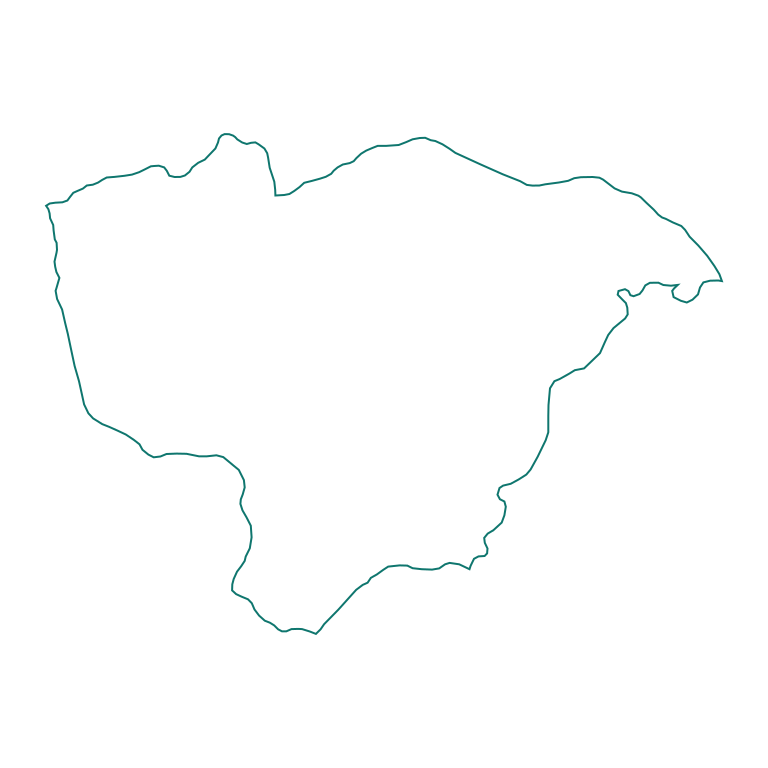 the district of Ogoouè et Lacs, Moyen-Ogooué, Gabon
{"feature_id": "22940354B45576072672451", "entity_name": "Ogoouè et Lacs", "entity_type": "district", "adm_level": 2, "iso_a3": "GAB", "parent_name": "Gabon", "parent_adm1": "Moyen-Ogooué", "projection": "mercator", "projection_center": [10.178, -0.763], "detail": "fine", "context": "isolated", "style": "outline", "palette": "teal", "viewbox_px": 768, "rotation_deg": 0, "n_neighbors": 0, "source": "geoboundaries", "source_scale": "gbopen_adm2", "svg_char_len": 3545}
<svg xmlns="http://www.w3.org/2000/svg" viewBox="0 0 768 768"><path d="M154.2,166.0L150.9,166.3L144.6,169.5L139.1,172.2L132.0,174.6L124.4,175.8L114.5,176.9L106.7,177.5L102.2,179.9L98.0,182.6L92.8,184.7L86.8,185.5L82.9,188.6L77.3,191.0L73.3,192.8L69.9,197.1L67.4,200.5L62.4,202.3L55.3,202.7L49.7,203.5L46.1,205.8L48.4,209.2L49.6,213.4L50.1,218.3L53.2,225.0L53.6,230.4L54.8,239.4L56.6,242.8L57.0,249.8L56.5,252.8L54.5,261.6L55.2,266.8L56.4,272.0L59.4,277.9L56.4,288.3L55.6,290.8L57.1,299.0L62.1,309.5L65.2,323.2L67.8,333.8L70.7,347.6L74.6,365.9L79.0,381.2L81.7,393.4L84.1,404.4L88.4,413.3L93.1,418.4L102.2,424.1L109.0,426.8L117.5,430.6L125.8,434.5L134.0,440.0L139.5,444.3L142.5,449.8L148.4,454.6L153.7,457.3L160.4,456.5L166.5,454.0L176.5,453.6L186.5,453.8L198.9,456.3L207.0,456.3L216.4,455.3L223.3,457.1L233.3,465.4L238.8,469.9L243.9,480.1L244.7,487.4L242.7,494.5L240.8,499.4L240.4,503.9L242.5,510.4L246.5,517.3L250.8,525.7L251.6,537.3L249.8,548.3L245.7,556.6L244.7,560.9L241.2,566.2L237.0,571.7L233.7,579.0L232.3,584.3L232.1,590.4L236.1,594.1L240.8,596.3L242.4,597.0L248.0,599.3L251.8,603.2L254.5,609.5L259.1,615.6L264.8,620.7L269.9,622.7L274.2,625.4L278.1,629.3L281.9,631.3L286.4,631.3L291.5,629.1L298.4,628.9L302.1,629.1L309.8,631.5L315.9,633.9L320.6,629.3L324.1,624.2L338.3,609.7L356.2,589.8L362.7,584.9L367.6,582.7L370.9,577.8L376.8,574.5L383.3,569.8L388.2,566.6L399.6,565.4L407.3,565.6L412.6,568.2L421.7,569.2L432.1,569.6L439.2,568.4L445.1,564.3L449.6,562.9L459.2,564.3L469.5,569.2L470.6,565.8L474.0,558.8L478.5,556.4L484.6,556.0L487.1,553.4L487.5,548.5L484.8,542.8L484.2,537.9L487.7,533.6L493.4,530.2L501.7,522.6L504.4,515.3L505.8,506.7L504.4,501.5L499.9,499.2L497.5,494.7L499.5,488.0L503.1,485.6L510.7,483.8L518.6,479.5L526.3,474.6L530.6,469.5L537.7,456.7L545.7,440.2L548.3,432.3L548.3,416.0L548.5,405.0L550.0,388.3L554.4,381.2L559.5,379.1L569.5,373.5L574.8,370.2L584.1,368.4L600.0,353.1L602.9,346.6L604.7,342.5L608.2,335.0L613.5,328.1L619.4,323.2L625.1,318.5L627.7,314.4L627.3,307.7L625.9,303.1L622.3,299.5L617.7,294.7L618.5,291.0L625.0,289.2L628.4,291.1L630.4,295.2L633.6,296.2L639.6,294.0L642.5,290.4L645.3,285.4L649.9,282.8L658.4,282.7L663.3,285.0L671.0,285.7L677.8,284.9L674.0,288.5L672.2,290.9L673.6,297.1L680.9,300.8L686.8,302.5L692.5,299.7L698.0,294.4L700.0,287.5L703.4,282.4L710.1,280.7L718.3,280.5L721.9,281.1L719.4,274.2L714.4,266.0L707.2,255.8L698.3,245.5L689.6,236.7L685.1,229.9L681.3,226.0L672.8,222.4L665.7,218.8L662.1,217.5L658.2,214.6L653.8,209.7L646.2,202.6L640.9,197.4L638.4,195.7L631.8,193.3L621.9,191.6L614.6,188.4L603.1,179.6L599.4,177.7L592.7,177.0L580.9,177.2L574.2,178.2L568.2,180.8L558.9,182.5L545.3,184.3L539.4,185.5L532.5,185.6L526.8,184.9L520.2,181.2L502.8,174.3L480.3,164.3L455.4,152.9L449.6,148.8L442.5,144.3L435.3,141.0L430.7,140.2L425.2,137.8L419.8,138.0L412.6,139.3L406.2,142.1L398.7,145.0L385.7,145.9L377.6,145.9L372.3,148.0L366.2,150.6L361.1,153.7L356.4,158.1L353.7,161.2L349.7,163.1L342.8,164.5L337.6,167.4L333.7,170.7L331.2,173.8L325.8,176.8L319.9,178.7L311.9,180.9L304.2,182.8L299.5,187.1L294.2,191.0L289.4,194.0L284.2,195.0L275.4,195.5L275.2,189.9L274.3,181.7L271.3,172.6L269.7,167.8L268.1,157.6L267.2,153.2L264.4,148.5L258.6,144.3L255.4,142.4L251.1,142.8L246.8,144.0L242.2,142.5L237.3,139.4L235.2,137.1L233.1,135.6L229.1,134.2L224.6,134.1L221.5,135.5L219.0,138.5L218.0,142.5L215.4,148.5L208.4,155.8L204.8,159.6L198.2,162.8L192.3,167.4L189.5,171.8L184.9,175.5L180.4,176.9L174.6,177.0L169.3,175.7L166.8,170.8L164.2,167.4L158.8,165.7L154.2,166.0Z" fill="none" stroke="#0f766e" stroke-width="2"/></svg>